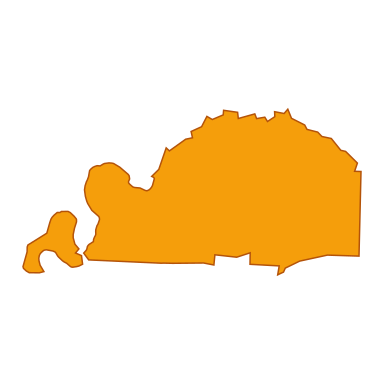 Tipton, Tennessee, United States of America (Natural Earth projection)
{"feature_id": "52423323B95439935659374", "entity_name": "Tipton", "entity_type": "district", "adm_level": 2, "iso_a3": "USA", "parent_name": "United States of America", "parent_adm1": "Tennessee", "projection": "natural_earth1", "projection_center": [-89.94, 35.512], "detail": "fine", "context": "isolated", "style": "filled", "palette": "amber", "viewbox_px": 384, "rotation_deg": 0, "n_neighbors": 0, "source": "geoboundaries", "source_scale": "gbopen_adm2", "svg_char_len": 2037}
<svg xmlns="http://www.w3.org/2000/svg" viewBox="0 0 384 384"><path d="M359.0,256.1L361.0,171.5L354.6,171.3L357.4,163.1L345.6,151.4L340.8,150.3L331.3,138.5L321.9,136.5L317.7,132.1L307.0,129.4L304.7,125.0L291.5,118.3L287.8,109.2L284.1,113.5L274.6,111.7L274.8,116.7L267.5,121.5L264.8,117.2L256.6,118.6L254.8,113.9L238.3,118.5L237.6,112.3L223.6,110.3L223.2,114.9L212.3,119.5L206.9,116.4L201.6,126.7L191.1,131.5L192.5,137.8L185.7,139.2L169.4,150.9L166.2,147.9L158.8,169.4L151.7,176.4L151.9,176.5L153.5,177.3L154.0,177.9L154.3,178.8L152.5,185.4L151.8,186.8L150.4,188.7L148.8,190.0L146.9,190.8L145.1,190.4L140.1,188.0L134.7,187.5L133.2,187.1L131.7,186.0L129.3,183.8L128.6,182.9L128.6,181.2L129.5,179.4L129.6,178.6L129.1,175.7L128.2,174.4L119.8,167.2L113.6,163.5L111.8,163.1L109.0,162.9L104.5,163.5L103.1,164.1L100.2,165.9L97.1,165.7L94.9,166.4L92.8,167.4L90.6,169.3L89.6,170.6L88.5,176.8L87.2,180.3L86.5,181.5L85.1,185.8L84.5,189.9L85.4,196.4L86.7,201.0L87.7,203.5L91.8,210.3L98.8,216.5L99.4,217.9L99.5,219.7L98.0,224.0L96.9,225.9L95.8,229.7L95.7,231.4L95.8,234.2L95.4,235.5L94.5,237.1L93.6,239.3L93.4,241.6L89.1,244.4L88.2,245.3L87.4,246.5L86.9,248.8L86.3,250.2L83.7,253.1L88.7,259.9L161.2,263.2L163.7,263.1L172.6,263.3L203.6,263.0L213.9,265.0L214.9,254.8L236.7,257.2L250.2,252.8L250.0,264.3L279.2,265.9L277.7,274.8L283.5,272.1L285.3,268.1L299.7,261.1L327.4,255.1L359.0,256.1ZM81.5,255.6L75.5,253.0L78.9,248.9L74.9,244.1L73.2,237.8L73.2,234.5L74.5,228.2L76.5,221.9L76.5,219.7L76.2,218.8L74.1,216.2L70.3,212.6L68.0,211.4L61.4,211.5L60.0,212.5L57.2,212.5L54.0,215.2L52.1,217.3L51.0,219.1L49.8,222.6L46.8,233.2L41.7,236.4L27.9,245.0L27.2,247.0L27.1,251.9L23.0,266.6L23.5,268.4L26.3,271.0L29.2,272.7L39.4,272.8L43.9,271.6L40.1,265.2L39.0,260.8L38.8,258.2L39.3,255.6L40.1,253.9L41.0,252.8L42.8,251.1L44.1,250.2L46.3,249.8L52.8,251.0L54.9,251.9L55.8,252.8L57.6,255.9L58.5,257.0L62.4,260.7L63.9,261.8L66.7,263.3L70.4,266.5L71.3,267.0L72.7,267.2L76.7,266.6L79.0,266.0L82.6,264.2L81.5,255.6Z" fill="#f59e0b" stroke="#b45309" stroke-width="1.5"/></svg>